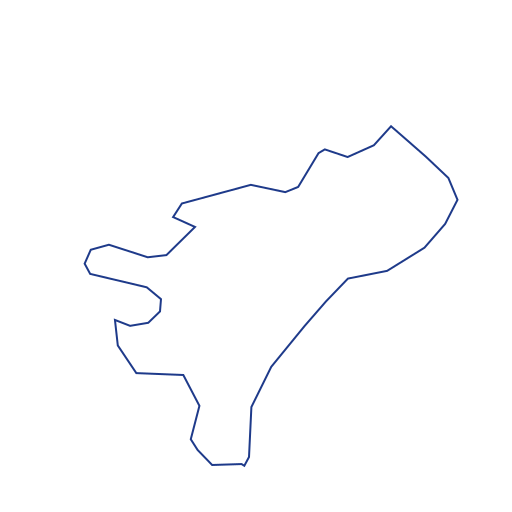 map outline of Darlington (Equal Earth projection), rotated 131°
{"feature_id": "GBR-2028", "entity_name": "Darlington", "entity_type": "Unitary Authority", "adm_level": 1, "iso_a3": "GBR", "parent_name": "United Kingdom", "parent_adm1": "", "projection": "equal_earth", "projection_center": [-1.518, 54.521], "detail": "fine", "context": "isolated", "style": "outline", "palette": "blue", "viewbox_px": 512, "rotation_deg": 131, "n_neighbors": 0, "source": "natural_earth", "source_scale": "10m", "svg_char_len": 712}
<svg xmlns="http://www.w3.org/2000/svg" viewBox="0 0 512 512"><g transform="rotate(131 256 256)"><path d="M422.0,127.2L422.5,130.4L442.5,152.0L440.7,172.8L437.1,185.0L406.2,200.4L393.5,232.8L422.9,269.5L414.2,301.6L396.8,320.5L391.3,305.2L377.1,293.5L360.8,292.1L350.9,299.4L351.3,317.9L378.3,369.4L374.2,380.3L359.7,384.8L344.0,374.4L328.0,336.9L314.1,324.2L274.1,321.1L281.0,344.1L265.0,346.4L205.7,306.6L188.6,275.8L176.2,269.5L137.3,276.3L130.4,274.0L121.2,251.8L95.1,239.7L69.5,239.2L69.5,220.7L69.6,193.0L70.9,162.0L81.4,140.8L107.7,134.3L139.2,134.3L181.2,147.3L212.7,171.8L244.3,173.4L277.1,173.4L329.6,171.8L373.0,160.4L412.3,129.4L422.0,127.2Z" fill="none" stroke="#1e3a8a" stroke-width="2"/></g></svg>